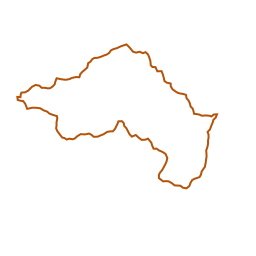 Coronel Fabriciano, Minas Gerais, Brazil (orthographic projection), rotated 153°
{"feature_id": "56859067B5591218375220", "entity_name": "Coronel Fabriciano", "entity_type": "district", "adm_level": 2, "iso_a3": "BRA", "parent_name": "Brazil", "parent_adm1": "Minas Gerais", "projection": "orthographic", "projection_center": [-42.686, -19.44], "detail": "fine", "context": "isolated", "style": "outline", "palette": "amber", "viewbox_px": 256, "rotation_deg": 153, "n_neighbors": 0, "source": "geoboundaries", "source_scale": "gbopen_adm2", "svg_char_len": 2325}
<svg xmlns="http://www.w3.org/2000/svg" viewBox="0 0 256 256"><g transform="rotate(153 128 128)"><path d="M134.1,203.8L136.8,200.4L139.9,199.5L143.1,198.8L146.0,197.7L148.3,195.3L151.2,197.0L155.3,198.1L157.8,198.1L161.5,199.2L165.2,201.6L169.0,204.7L171.7,202.3L173.5,200.2L175.9,199.3L179.2,198.8L181.4,199.7L183.9,201.6L186.7,203.0L187.8,206.0L190.8,208.3L194.8,208.3L200.0,206.6L203.5,206.5L206.9,207.9L208.6,206.3L209.8,204.3L212.5,205.9L213.5,203.0L211.4,201.1L209.2,199.6L208.6,196.3L209.1,190.8L204.0,189.5L200.3,187.5L197.2,185.4L195.3,182.2L192.6,179.3L191.5,176.5L189.1,173.9L185.9,170.8L186.7,168.6L189.1,165.5L190.7,162.4L192.2,160.3L192.4,157.3L191.8,153.7L191.0,149.5L189.1,147.8L187.9,145.6L185.1,145.1L182.5,143.1L180.2,142.8L176.9,143.7L173.0,144.0L169.2,141.8L165.2,140.7L163.6,138.4L162.5,135.7L158.8,134.0L156.0,133.9L152.5,133.5L148.4,134.0L145.7,133.2L142.9,131.9L139.8,133.2L137.9,134.7L135.4,136.5L133.5,138.3L130.3,136.8L129.6,134.2L130.4,131.6L129.6,128.8L129.5,125.4L129.5,121.9L128.5,118.6L124.2,118.2L123.1,115.1L121.3,111.3L118.1,109.8L115.0,109.4L114.4,106.8L113.9,104.1L114.4,101.7L114.6,97.9L111.9,96.6L110.6,94.0L108.1,91.0L106.3,87.8L106.6,83.4L109.1,80.4L111.3,78.7L114.3,76.6L117.0,74.8L119.2,74.0L121.7,72.3L123.2,69.3L120.9,64.5L118.0,63.3L116.0,62.0L114.0,59.0L112.6,55.8L110.3,54.4L107.5,52.8L106.1,49.8L103.3,47.7L99.8,48.4L97.1,50.8L94.4,52.5L91.4,52.5L89.1,52.1L86.5,51.8L84.1,53.4L82.1,55.8L79.6,57.2L77.2,58.4L74.8,61.5L73.3,63.6L70.9,67.0L69.5,70.1L68.5,72.5L65.6,75.3L63.6,78.0L62.5,80.3L60.6,82.8L59.2,85.7L58.9,88.3L55.5,89.6L52.3,92.6L50.1,94.4L48.2,96.5L45.2,97.4L42.5,99.8L45.5,101.1L48.4,100.4L50.1,102.1L53.0,103.9L56.6,105.4L58.4,107.6L60.2,109.0L62.7,110.7L61.9,113.7L61.6,116.3L62.5,118.5L61.7,121.8L61.6,125.0L62.3,128.0L61.3,131.2L63.5,133.4L66.2,135.3L67.9,137.0L69.2,139.2L70.7,142.2L71.0,145.6L69.8,148.3L72.9,150.8L74.2,153.3L73.4,156.3L72.7,159.5L72.3,163.4L76.1,165.2L75.9,169.8L78.6,171.3L79.2,173.7L77.7,177.3L77.0,181.4L76.8,184.6L77.9,187.6L80.8,187.9L82.9,190.6L86.6,191.5L88.9,193.7L89.5,196.6L90.3,199.9L91.4,203.1L93.7,203.5L96.9,204.0L99.4,204.1L101.9,204.2L104.9,204.9L108.0,204.9L110.5,203.5L113.8,203.1L116.3,203.5L119.1,203.7L123.1,204.3L126.3,205.7L128.8,205.5L131.2,204.2L134.1,203.8Z" fill="none" stroke="#b45309" stroke-width="2"/></g></svg>